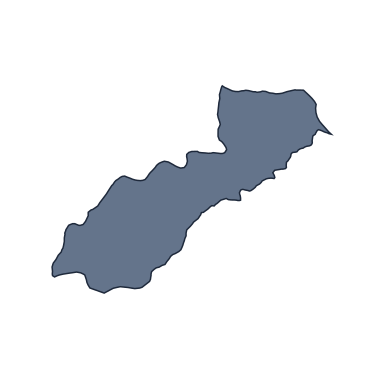 Ose, Ondo, Nigeria (Mercator projection), rotated 33°
{"feature_id": "59680162B83455285452940", "entity_name": "Ose", "entity_type": "district", "adm_level": 2, "iso_a3": "NGA", "parent_name": "Nigeria", "parent_adm1": "Ondo", "projection": "mercator", "projection_center": [5.755, 7.05], "detail": "fine", "context": "isolated", "style": "filled", "palette": "slate", "viewbox_px": 384, "rotation_deg": 33, "n_neighbors": 0, "source": "geoboundaries", "source_scale": "gbopen_adm2", "svg_char_len": 4312}
<svg xmlns="http://www.w3.org/2000/svg" viewBox="0 0 384 384"><g transform="rotate(33 192 192)"><path d="M236.2,173.5L237.2,172.5L236.5,171.3L235.6,170.1L234.4,168.8L233.4,168.1L232.2,166.8L231.8,164.4L232.0,163.4L232.8,162.4L233.7,161.9L235.4,161.4L237.1,160.7L238.3,160.2L239.5,160.0L240.5,159.0L241.5,156.8L242.0,155.3L242.5,153.6L242.5,152.1L242.8,151.2L244.3,148.5L244.8,146.3L244.8,144.5L245.5,143.3L246.5,141.6L247.2,140.4L248.7,138.9L250.6,137.4L251.9,136.7L253.5,136.0L253.6,134.8L252.1,133.4L249.3,131.8L249.5,128.8L250.2,128.1L251.5,126.9L253.4,125.2L254.4,124.2L255.9,123.2L256.4,122.7L257.6,121.5L257.8,120.3L257.8,120.0L256.6,118.5L255.0,115.6L255.5,113.6L255.5,110.4L255.6,109.7L255.3,108.2L254.4,106.2L254.7,104.2L256.1,103.0L257.3,102.0L258.1,101.1L258.3,98.8L259.1,97.1L260.0,95.9L261.3,94.7L262.0,93.0L263.2,91.3L264.4,90.2L265.2,89.5L266.2,88.1L266.4,86.9L266.2,85.6L265.7,84.6L265.0,83.9L264.3,82.4L263.6,80.9L263.1,79.9L262.9,78.7L263.4,77.7L263.9,76.5L263.7,75.5L263.5,72.3L264.2,70.8L265.9,70.3L267.6,69.9L270.0,69.6L271.7,69.2L273.1,68.7L275.1,68.5L277.3,67.7L273.8,67.1L269.9,66.0L267.0,65.2L265.6,64.8L265.4,64.8L260.5,63.3L256.2,61.0L252.7,57.9L250.0,54.4L248.4,50.9L247.8,50.6L245.3,49.3L244.0,48.9L241.8,48.2L238.3,47.4L234.6,46.7L233.9,46.6L230.1,45.9L229.4,46.3L227.4,47.5L223.9,49.8L222.8,50.2L220.8,52.2L217.0,56.1L213.9,60.0L211.6,62.0L208.9,64.0L206.1,65.1L203.0,66.7L199.2,67.5L198.5,67.8L196.1,69.1L194.9,70.7L192.2,73.0L190.6,73.4L188.7,74.6L186.4,75.4L184.1,76.2L181.7,77.4L180.2,78.9L178.6,80.1L176.3,82.5L173.6,84.1L170.9,85.2L168.6,85.6L165.5,86.0L162.7,86.5L159.6,86.5L159.6,87.6L160.4,90.4L161.2,92.7L162.0,95.4L164.4,98.5L165.2,100.5L165.9,102.4L167.5,105.5L169.1,108.7L170.3,111.0L171.1,112.9L171.3,113.2L171.8,113.6L173.4,115.3L176.9,118.0L178.9,119.9L179.3,121.9L179.7,125.0L180.1,125.7L181.9,128.6L183.6,131.2L186.7,133.5L189.4,133.5L192.1,134.3L192.9,134.6L196.4,136.2L198.0,137.7L198.0,141.2L196.9,142.8L195.3,144.0L189.9,146.7L188.3,147.5L186.8,149.1L184.5,150.7L182.1,151.9L178.7,153.8L176.3,155.0L174.4,155.0L173.2,155.8L169.7,158.2L167.9,160.4L167.8,160.5L167.1,163.3L168.2,165.2L169.4,166.4L171.4,168.7L172.5,172.2L172.2,175.7L169.5,178.1L166.4,178.9L163.3,179.3L161.7,179.3L155.9,179.7L153.9,180.5L152.0,181.3L150.5,183.2L148.9,185.6L148.2,187.5L147.8,189.1L147.8,191.0L147.8,191.3L147.4,193.8L147.0,196.1L146.7,197.3L146.3,199.6L146.3,203.5L145.9,207.0L144.4,209.0L142.5,210.6L139.7,212.1L137.8,212.9L135.1,213.7L132.8,214.1L129.3,214.9L126.9,215.3L125.0,216.9L123.9,218.8L123.1,221.2L121.9,223.9L121.6,225.9L121.6,229.0L121.2,230.2L121.2,231.7L121.2,235.2L121.3,240.3L120.9,246.1L120.5,251.2L120.6,255.1L118.3,260.6L117.1,262.1L116.0,265.5L116.9,267.0L117.9,268.4L118.7,274.6L118.4,278.5L116.4,280.9L115.3,281.6L113.3,282.0L111.0,282.4L109.1,283.6L108.1,285.0L107.9,285.2L106.7,287.1L106.8,290.6L106.8,292.2L107.2,293.4L107.7,295.8L108.4,296.4L109.4,298.8L109.9,300.0L111.9,303.1L113.5,307.0L114.3,309.3L114.4,311.5L115.0,313.5L114.3,317.9L114.7,322.6L114.4,327.2L114.8,328.7L115.5,331.1L118.3,334.6L119.5,336.9L120.6,338.1L123.0,338.1L124.5,335.7L126.0,333.8L128.7,331.0L132.6,327.5L133.6,326.6L135.7,324.8L138.8,322.0L142.7,320.4L145.8,320.0L147.3,320.0L151.2,323.1L152.6,324.5L153.2,325.1L155.5,326.6L157.6,327.6L158.6,328.1L159.9,327.8L160.4,327.7L173.4,324.6L177.1,317.9L178.4,315.6L180.3,313.6L182.2,311.7L183.4,310.5L190.4,306.9L193.9,305.4L196.6,304.2L200.5,301.0L202.0,299.1L205.1,290.1L204.7,287.8L203.9,286.2L203.1,284.3L202.3,283.1L201.5,280.8L202.3,277.6L203.3,275.1L203.4,274.9L203.6,274.8L203.9,274.4L205.3,273.0L206.9,269.8L208.2,268.2L208.8,267.5L208.8,264.0L209.2,260.5L209.2,260.1L209.1,257.7L209.9,255.0L211.5,252.7L213.4,249.1L213.8,247.5L214.0,247.0L214.1,246.6L214.1,246.4L213.7,243.7L213.3,241.7L212.5,239.0L212.1,237.1L211.4,235.1L210.9,232.0L209.4,229.7L208.2,226.6L209.3,221.5L209.7,218.4L209.7,216.4L210.5,214.1L211.6,211.0L211.6,209.0L211.6,207.4L211.7,206.6L211.1,204.1L212.6,202.9L213.1,201.6L213.5,200.5L213.7,200.0L213.9,199.5L214.6,197.7L215.4,194.2L216.0,192.7L218.2,191.6L218.5,189.6L219.2,188.1L219.7,186.4L220.2,184.4L220.7,183.0L223.4,179.8L223.7,179.4L224.2,178.8L226.6,178.6L229.0,177.4L230.2,176.7L231.4,175.9L233.6,174.7L235.0,174.2L236.2,173.5Z" fill="#64748b" stroke="#1e293b" stroke-width="1.5"/></g></svg>